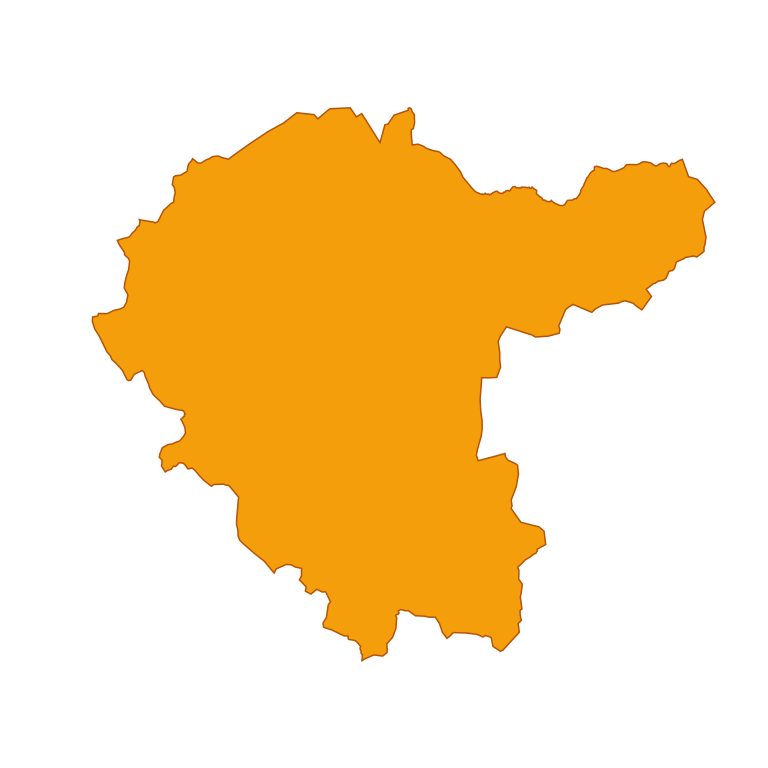 the district of Bauchi, Bauchi, Nigeria, rotated 99°
{"feature_id": "59680162B24167581171767", "entity_name": "Bauchi", "entity_type": "district", "adm_level": 2, "iso_a3": "NGA", "parent_name": "Nigeria", "parent_adm1": "Bauchi", "projection": "mercator", "projection_center": [9.889, 10.254], "detail": "fine", "context": "isolated", "style": "filled", "palette": "amber", "viewbox_px": 768, "rotation_deg": 99, "n_neighbors": 0, "source": "geoboundaries", "source_scale": "gbopen_adm2", "svg_char_len": 6159}
<svg xmlns="http://www.w3.org/2000/svg" viewBox="0 0 768 768"><g transform="rotate(99 384 384)"><path d="M660.8,362.5L659.8,361.3L658.7,360.2L653.2,351.7L652.9,342.7L648.8,339.0L645.4,339.4L640.4,340.6L632.7,335.8L623.5,334.0L612.9,334.9L610.6,336.3L609.7,335.5L609.4,334.1L607.9,333.3L607.2,333.7L606.0,334.5L604.2,332.0L604.2,330.0L604.6,328.7L604.5,326.2L604.0,324.7L608.0,316.7L607.0,307.8L607.2,302.2L606.2,297.0L611.8,291.8L620.1,287.5L625.4,282.0L622.4,279.2L618.7,276.7L617.1,264.3L616.7,253.1L618.4,246.8L616.5,244.3L617.5,238.5L626.2,235.3L629.6,227.5L629.8,227.4L628.4,225.0L608.0,211.5L599.7,214.0L595.8,211.3L594.1,212.3L593.1,212.6L590.5,213.4L588.4,213.8L587.4,214.1L587.2,214.2L586.7,214.0L586.2,213.9L585.6,213.7L585.4,213.4L585.1,213.0L584.9,212.6L584.0,212.8L580.7,213.7L573.0,216.1L569.5,215.8L560.1,216.1L555.7,220.4L547.2,221.5L544.0,223.3L540.5,220.4L535.7,217.1L531.8,212.3L529.6,210.5L528.2,208.7L527.2,207.4L525.2,206.6L523.2,206.8L517.2,199.2L504.4,202.9L500.9,208.4L499.2,227.2L487.1,238.9L484.2,238.5L478.6,240.2L464.7,237.3L451.9,237.1L443.3,239.4L442.2,241.4L439.8,249.7L437.5,252.2L435.5,253.2L433.7,253.6L436.5,259.7L438.8,264.9L445.0,278.9L439.8,281.7L433.3,281.4L420.4,279.8L413.6,280.0L405.3,281.3L395.8,284.1L390.9,285.3L383.2,286.8L372.1,287.6L362.5,288.5L361.6,281.8L359.9,273.7L349.1,271.5L342.4,273.4L334.9,274.6L324.0,277.9L318.0,276.3L308.4,272.0L312.2,247.4L312.2,246.1L313.9,241.8L311.1,229.4L306.4,218.8L302.4,218.8L299.3,220.5L282.1,216.3L279.0,213.4L275.8,209.7L280.7,189.9L276.8,187.0L271.8,180.6L267.5,165.2L265.1,161.5L264.1,159.0L265.2,150.7L268.2,145.7L270.5,140.9L255.7,133.5L249.4,139.9L243.8,134.5L243.0,134.1L241.9,131.7L239.1,128.8L239.1,128.1L237.7,124.2L235.4,122.0L230.7,120.7L228.1,120.2L226.8,116.9L224.6,115.2L217.7,114.3L213.1,107.1L212.5,106.6L212.0,106.5L209.1,98.2L209.6,94.9L203.1,88.7L198.4,89.4L196.7,88.8L188.7,88.9L171.9,95.2L163.2,94.6L152.8,85.7L143.4,94.3L141.7,95.6L132.9,106.5L131.6,115.6L115.4,124.5L116.9,127.1L120.0,130.7L121.0,132.6L121.0,134.6L123.5,135.6L124.6,135.8L124.3,137.6L122.0,139.3L122.1,143.0L123.8,146.7L125.4,148.0L126.1,149.5L125.5,152.1L123.9,154.9L123.7,158.7L123.9,162.8L126.9,166.8L127.9,169.0L128.3,172.2L129.0,176.7L129.5,178.8L133.0,181.0L135.8,185.2L137.6,188.3L138.4,191.2L137.1,194.8L136.3,197.6L136.7,200.6L136.1,204.3L135.6,208.1L136.7,210.1L140.1,209.8L141.1,211.4L142.9,212.9L145.2,214.0L147.2,214.7L148.9,216.0L151.4,216.5L153.1,217.0L155.1,217.6L157.2,217.9L159.4,219.0L162.1,220.0L163.6,219.8L166.0,220.4L171.0,223.1L171.2,225.0L172.6,226.2L173.2,228.0L173.5,230.0L174.0,231.5L175.9,232.4L178.3,233.5L179.8,235.1L180.1,238.4L178.8,243.4L177.3,246.4L176.5,247.5L177.7,248.0L178.1,249.8L178.2,252.2L177.3,253.3L177.3,256.1L175.4,257.3L174.5,259.7L172.1,263.2L170.0,263.4L168.9,263.5L167.5,266.8L166.3,268.5L166.7,269.1L167.7,269.3L168.0,270.2L167.0,271.4L167.6,273.0L167.6,275.5L168.1,279.2L169.0,279.6L169.5,284.1L168.4,285.5L169.3,287.8L171.9,289.2L173.8,290.1L173.4,291.8L174.0,293.2L174.3,294.1L175.8,294.7L176.0,296.1L177.3,296.5L177.4,298.9L177.1,300.8L176.4,301.5L175.9,302.5L176.1,303.6L177.0,304.8L178.1,306.5L179.7,307.8L179.9,308.8L180.6,309.3L180.1,310.3L180.3,312.0L180.5,313.1L179.8,313.9L181.4,315.5L181.0,316.7L181.4,318.4L180.7,320.3L180.2,322.5L179.6,323.6L179.2,324.8L175.3,329.5L167.4,338.4L162.4,341.7L156.3,347.9L151.7,353.3L149.6,359.9L148.8,361.5L146.4,365.0L146.0,366.7L145.8,372.1L145.1,376.3L144.4,379.7L143.6,380.9L142.8,383.1L141.8,388.0L143.5,393.4L141.7,394.0L140.5,394.2L137.7,395.0L134.0,395.9L130.9,396.5L129.5,396.6L128.2,396.6L127.3,395.0L122.9,394.7L122.2,394.7L119.9,394.8L117.0,395.5L113.3,396.1L110.5,398.9L108.0,400.1L107.2,401.7L107.8,403.3L109.8,402.8L116.9,416.1L126.7,420.7L127.7,423.6L146.3,425.7L120.5,448.2L124.5,453.1L116.5,460.5L120.5,480.1L121.5,481.4L132.5,490.9L128.9,495.2L129.7,512.5L142.1,524.2L152.6,537.8L167.4,553.8L179.5,566.2L186.4,573.0L185.6,579.6L184.8,583.6L185.6,586.8L186.4,589.1L188.7,591.8L190.4,594.6L194.6,599.6L194.7,602.7L191.4,608.3L193.9,609.2L196.5,611.0L199.6,611.8L204.7,611.7L209.6,617.6L209.9,618.5L210.8,622.3L212.4,624.2L220.3,624.3L222.1,622.2L227.3,620.2L232.6,620.5L237.5,620.3L238.9,622.5L242.4,625.2L246.8,628.8L258.9,632.7L260.8,635.5L260.1,636.7L260.1,648.6L259.9,651.4L261.9,650.3L263.6,650.6L265.8,650.5L267.4,652.2L270.9,653.6L274.2,656.2L278.6,658.5L281.5,665.2L283.9,669.9L288.1,667.0L291.6,663.7L294.7,660.9L296.9,660.5L300.0,656.0L302.3,654.5L310.7,654.1L315.2,654.9L319.2,655.4L324.8,655.8L329.8,655.6L336.0,650.9L343.5,651.1L348.8,653.0L351.2,656.3L353.6,662.4L357.8,668.4L359.0,677.0L360.8,677.1L361.9,677.9L362.7,680.5L363.4,682.3L367.8,681.9L374.9,678.3L381.8,672.3L395.6,662.7L398.9,658.7L402.4,656.6L405.1,652.5L411.2,644.7L419.9,638.5L420.6,636.6L419.5,634.5L413.5,632.3L408.5,624.9L410.1,622.6L413.5,621.2L420.6,616.7L425.1,614.5L430.4,610.5L432.9,607.1L436.0,602.4L440.3,597.4L441.6,585.5L441.8,577.9L444.9,575.6L445.8,576.5L446.7,576.2L447.2,576.0L447.7,576.9L450.1,578.7L450.6,579.2L452.5,577.5L458.0,573.9L463.5,572.4L467.1,573.8L472.2,576.9L474.1,580.5L476.2,583.5L477.7,588.0L481.6,592.9L488.0,594.4L491.5,594.5L493.6,591.6L496.0,591.0L499.8,590.9L505.1,586.3L502.9,583.8L501.6,580.9L498.1,579.0L498.1,576.9L495.6,575.1L493.8,573.9L493.6,569.9L495.3,567.5L498.6,564.3L497.0,560.4L499.0,557.1L503.5,551.9L507.4,546.7L512.0,538.5L509.8,536.3L508.0,526.8L508.5,524.5L508.6,521.2L518.3,510.0L541.8,508.3L545.8,507.7L549.9,505.9L553.7,504.9L556.8,504.4L561.0,501.9L564.2,497.3L571.0,486.5L575.7,478.3L577.5,474.8L587.9,462.9L586.8,462.5L583.6,461.7L577.6,452.5L577.1,447.4L577.2,447.1L578.7,442.7L579.0,436.5L581.4,436.3L586.1,435.5L590.7,436.9L596.5,429.1L601.0,429.2L602.9,423.2L597.2,418.2L599.1,412.7L598.4,409.1L607.5,402.8L610.9,404.5L623.6,404.4L629.6,406.8L633.7,405.7L635.1,397.1L639.0,384.1L638.6,380.0L639.6,379.9L640.3,379.8L641.0,379.5L641.8,379.1L641.8,375.7L641.8,373.6L642.3,371.6L643.5,369.8L644.6,368.4L645.8,367.4L646.7,366.1L649.0,366.3L650.1,365.9L651.2,364.9L653.0,364.7L654.0,364.0L654.6,362.9L656.1,363.0L657.2,362.6L658.5,362.7L660.0,362.7L660.8,362.5Z" fill="#f59e0b" stroke="#b45309" stroke-width="1.5"/></g></svg>